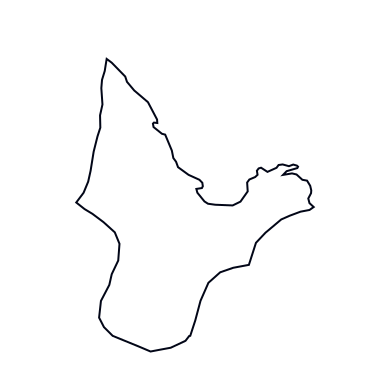 the district of Riwon, Hamgyŏng-namdo, North Korea, rotated 258°
{"feature_id": "82179303B95293101027847", "entity_name": "Riwon", "entity_type": "district", "adm_level": 2, "iso_a3": "PRK", "parent_name": "North Korea", "parent_adm1": "Hamgyŏng-namdo", "projection": "orthographic", "projection_center": [128.649, 40.322], "detail": "fine", "context": "isolated", "style": "outline", "palette": "ink", "viewbox_px": 384, "rotation_deg": 258, "n_neighbors": 0, "source": "geoboundaries", "source_scale": "gbopen_adm2", "svg_char_len": 1410}
<svg xmlns="http://www.w3.org/2000/svg" viewBox="0 0 384 384"><g transform="rotate(258 192 192)"><path d="M152.0,307.9L156.7,304.6L161.5,304.4L166.1,308.2L168.8,309.0L173.5,308.9L179.2,306.9L181.0,302.5L187.4,297.9L189.4,293.7L189.8,284.6L192.7,288.9L193.5,300.0L194.7,301.0L196.0,300.1L197.8,296.7L197.2,292.8L197.1,292.2L200.1,286.4L200.4,282.3L198.1,279.7L196.0,270.0L201.4,264.6L201.2,262.1L199.3,259.9L195.2,259.7L193.5,256.9L192.3,250.7L189.8,247.9L181.0,246.6L172.5,237.4L170.4,229.0L174.7,212.1L177.2,205.2L180.2,202.2L190.2,197.1L194.1,196.9L193.8,202.5L195.4,203.8L198.9,204.0L202.4,201.8L209.5,192.2L219.2,183.5L224.9,182.7L229.1,180.8L236.7,180.9L253.7,177.7L255.2,174.7L263.5,167.9L267.0,168.0L267.8,169.2L266.7,172.4L270.2,172.9L289.0,167.6L303.3,156.6L313.3,151.3L318.8,150.7L335.1,140.4L337.1,138.7L339.9,136.2L334.5,134.1L328.5,131.8L320.4,127.3L312.4,124.9L296.2,122.6L286.1,118.0L274.0,115.7L266.0,111.1L251.9,104.2L233.8,97.2L223.7,92.6L213.8,85.8L205.8,76.6L197.6,83.4L191.3,90.1L181.0,99.1L168.6,108.1L156.4,110.3L140.3,105.6L128.3,96.4L118.3,91.8L104.4,80.3L88.4,75.0L86.2,75.6L78.1,77.8L67.8,84.5L50.9,109.3L44.6,118.3L44.4,127.4L44.1,138.8L47.8,154.7L51.7,159.3L51.7,160.4L65.7,168.5L83.8,177.7L99.8,189.2L107.6,202.9L109.3,216.6L108.9,232.5L129.0,244.0L136.9,255.4L146.6,273.6L148.5,282.7L150.2,294.1L150.0,303.2L152.0,307.9Z" fill="none" stroke="#020617" stroke-width="2"/></g></svg>